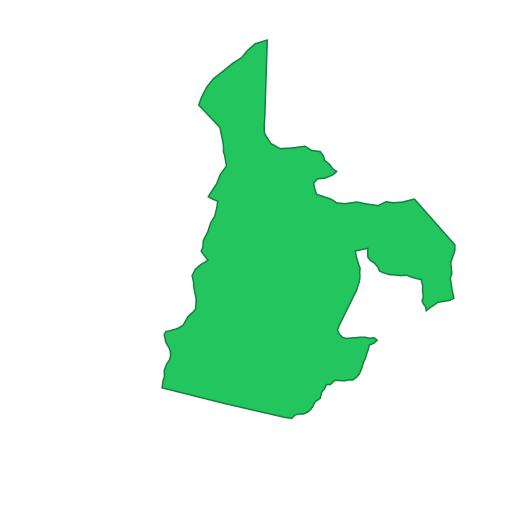 Leopoldo de Bulhões, Goiás, Brazil, rotated 229°
{"feature_id": "56859067B21854607172740", "entity_name": "Leopoldo de Bulhões", "entity_type": "district", "adm_level": 2, "iso_a3": "BRA", "parent_name": "Brazil", "parent_adm1": "Goiás", "projection": "mercator", "projection_center": [-48.906, -16.556], "detail": "fine", "context": "isolated", "style": "filled", "palette": "green", "viewbox_px": 512, "rotation_deg": 229, "n_neighbors": 0, "source": "geoboundaries", "source_scale": "gbopen_adm2", "svg_char_len": 2418}
<svg xmlns="http://www.w3.org/2000/svg" viewBox="0 0 512 512"><g transform="rotate(229 256 256)"><path d="M110.0,176.5L110.4,181.1L108.7,184.6L105.6,188.1L104.3,192.7L104.3,196.5L105.1,200.1L107.2,204.5L106.5,211.2L110.0,216.0L110.7,220.4L112.8,224.7L110.2,227.8L110.4,233.9L107.0,237.5L103.7,240.9L101.9,244.3L98.9,247.7L98.6,252.2L99.2,256.7L102.3,262.8L105.4,267.5L107.0,271.4L109.6,275.5L112.1,279.9L114.4,282.8L112.9,287.9L112.9,292.2L116.8,291.5L119.5,287.7L123.2,285.0L126.0,281.8L129.5,276.9L132.6,272.8L134.5,270.1L137.7,267.9L142.1,267.7L146.6,268.8L148.8,272.9L150.8,277.5L164.4,309.9L167.2,314.2L168.9,317.3L172.4,321.0L175.8,323.7L178.6,326.6L182.0,327.8L185.1,329.3L189.9,331.3L194.6,334.3L188.4,345.5L185.1,342.3L181.6,339.6L177.5,339.4L172.7,340.8L167.9,340.7L163.6,339.4L160.6,340.7L157.5,342.6L154.4,344.4L151.0,348.0L146.5,352.0L142.7,357.0L137.7,359.7L133.7,362.3L129.9,365.2L123.9,362.1L121.1,359.3L117.8,357.2L115.1,355.1L113.2,351.8L109.8,350.9L106.3,350.7L103.0,348.6L102.8,353.6L102.1,359.2L101.6,363.1L99.4,366.7L97.6,369.7L95.4,373.0L94.3,377.6L98.6,380.1L102.1,381.9L105.6,384.2L111.9,388.1L114.2,392.2L119.9,396.3L123.2,398.6L126.7,404.6L129.7,409.7L134.0,413.4L138.3,413.4L152.3,413.2L155.8,413.2L195.1,412.9L200.6,401.9L206.3,394.3L211.6,389.8L213.9,381.2L222.7,373.6L230.5,367.6L237.2,357.4L243.1,351.8L249.5,350.0L262.9,342.2L268.1,344.4L273.3,347.3L273.8,353.1L269.5,359.2L266.9,366.9L266.8,372.3L271.7,371.1L276.7,371.6L283.3,370.6L287.1,372.5L292.8,372.9L299.0,367.3L306.6,365.1L314.0,353.9L321.2,344.6L331.3,341.0L343.0,342.8L350.2,348.8L355.1,353.8L411.6,406.2L414.4,399.7L416.7,394.7L416.7,384.4L415.1,375.2L416.7,365.3L416.9,358.9L417.1,352.3L417.7,340.3L415.8,329.7L411.5,319.0L407.5,311.8L376.7,313.1L373.5,311.3L363.0,305.4L359.5,302.9L356.0,299.8L352.3,298.2L343.2,292.7L340.9,282.3L336.3,273.7L334.2,266.0L332.1,258.9L327.8,260.4L322.4,263.0L318.5,258.5L313.1,251.0L310.7,243.5L305.7,235.2L302.3,226.5L297.7,221.9L295.5,217.7L284.3,217.0L285.8,208.3L285.8,201.5L283.0,194.8L277.8,192.1L274.0,189.1L269.2,186.2L263.6,183.2L259.1,179.2L255.5,175.4L255.0,171.4L254.9,165.0L253.1,159.9L251.6,155.5L252.7,149.2L254.8,144.7L256.2,141.7L258.1,138.5L256.9,135.1L249.8,131.3L243.6,130.1L239.7,128.5L236.6,125.9L234.3,122.4L233.1,117.8L230.0,111.9L225.0,107.7L222.7,103.9L218.1,98.6L165.4,135.4L115.9,171.4L110.0,176.5Z" fill="#22c55e" stroke="#15803d" stroke-width="1.5"/></g></svg>